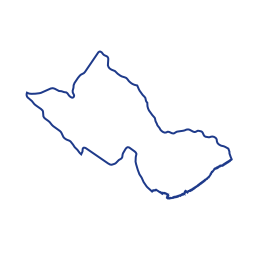 outline of Ramón Santana, San Pedro de Macorís, Dominican Republic, rotated 304°
{"feature_id": "3306468B54245916691578", "entity_name": "Ramón Santana", "entity_type": "district", "adm_level": 2, "iso_a3": "DOM", "parent_name": "Dominican Republic", "parent_adm1": "San Pedro de Macorís", "projection": "equal_earth", "projection_center": [-69.151, 18.515], "detail": "fine", "context": "isolated", "style": "outline", "palette": "blue", "viewbox_px": 256, "rotation_deg": 304, "n_neighbors": 0, "source": "geoboundaries", "source_scale": "gbopen_adm2", "svg_char_len": 5608}
<svg xmlns="http://www.w3.org/2000/svg" viewBox="0 0 256 256"><g transform="rotate(304 128 128)"><path d="M100.8,24.5L99.6,24.9L98.5,25.6L97.6,26.7L97.2,27.8L96.6,33.3L95.5,36.7L95.3,37.9L95.2,39.8L95.1,45.3L94.7,47.5L93.9,48.5L90.4,51.3L89.7,52.6L89.4,54.3L89.3,57.9L89.1,59.7L88.0,63.2L87.7,65.0L87.5,71.8L87.4,73.6L87.1,74.8L86.6,75.8L84.4,79.5L84.0,81.1L84.0,83.4L84.7,86.6L84.7,87.9L83.5,91.7L82.3,94.5L81.6,98.3L80.4,101.7L80.0,103.9L83.1,103.4L85.2,102.2L85.9,102.0L86.7,102.2L87.0,102.4L87.5,103.3L87.7,104.4L87.7,106.2L87.5,131.3L87.7,133.6L88.4,135.0L90.4,136.6L91.5,137.3L92.4,137.6L96.3,138.3L98.6,139.4L99.4,139.6L100.7,139.5L102.9,138.4L104.2,138.0L109.1,137.7L110.5,137.8L111.3,138.1L112.0,138.6L112.5,139.9L112.3,146.6L112.0,148.2L111.2,149.5L108.2,150.7L104.3,153.1L102.4,155.1L98.7,159.6L96.0,163.4L94.5,167.0L91.9,171.2L90.0,176.0L89.7,177.2L88.8,183.3L89.1,183.3L89.1,183.5L90.0,183.5L90.2,184.0L90.5,184.0L90.5,184.5L91.4,184.9L91.6,185.4L91.9,185.4L91.9,185.6L92.1,185.6L92.3,186.1L92.5,186.1L92.5,186.6L92.6,188.5L92.5,190.2L92.6,190.6L92.8,190.6L92.8,191.3L93.0,191.3L93.0,191.8L92.6,192.1L92.6,193.2L93.7,193.2L93.7,193.5L93.9,193.5L94.0,194.4L94.2,194.7L94.4,194.7L94.4,195.1L94.6,195.1L94.6,195.4L94.9,195.6L94.9,196.3L94.8,196.8L94.9,197.3L95.1,197.3L95.1,197.8L94.9,197.8L95.1,198.2L94.8,198.2L94.8,198.5L94.4,198.7L94.4,198.9L94.6,198.9L94.4,199.4L93.5,199.4L93.3,198.9L93.2,198.9L93.2,199.2L92.6,199.2L92.6,199.4L92.1,199.4L92.1,199.7L91.9,199.7L91.9,200.1L92.1,200.1L92.1,200.6L92.5,200.6L92.5,200.8L92.8,201.1L92.8,201.6L93.0,201.6L93.0,201.8L93.3,202.0L93.5,202.5L93.9,202.5L94.0,203.0L94.4,203.5L94.6,203.5L94.9,203.7L95.1,204.2L95.5,204.2L95.5,204.4L95.6,204.6L96.2,204.6L96.2,204.9L96.5,204.9L96.7,205.4L97.1,205.4L97.1,205.6L97.4,205.8L97.4,206.1L97.8,206.1L97.9,206.5L98.1,206.5L98.1,206.8L98.5,206.8L98.6,207.3L99.2,207.3L99.3,207.7L99.7,207.7L99.7,208.0L100.2,208.0L100.6,208.2L100.6,208.4L100.9,208.7L100.9,208.9L101.1,208.9L101.1,209.2L101.8,209.2L102.0,209.6L102.4,209.6L102.4,209.9L102.9,209.9L102.9,210.1L103.6,210.1L103.6,210.6L103.9,210.6L103.9,210.8L104.3,210.8L104.3,211.1L105.0,211.1L105.0,211.3L105.2,211.1L105.9,211.1L105.9,211.3L106.2,211.3L106.2,211.5L106.6,211.5L106.6,211.3L106.8,211.3L107.0,210.8L108.0,210.8L108.0,211.1L108.2,211.8L108.0,212.0L107.7,212.2L107.7,213.2L107.8,213.2L107.8,213.4L109.6,213.4L109.8,213.9L110.5,214.1L110.5,214.4L110.8,214.4L110.8,214.6L111.2,214.6L111.2,214.9L111.7,214.9L111.7,215.1L112.1,215.1L112.1,215.3L112.4,215.3L112.4,215.6L113.0,215.6L113.0,215.8L113.7,215.8L113.7,216.0L114.2,216.0L114.2,216.3L114.9,216.3L114.9,216.5L115.4,216.5L115.4,216.8L116.1,216.8L116.1,217.0L116.7,217.0L117.4,217.2L117.4,217.5L117.9,217.5L118.6,217.7L118.6,217.9L119.1,217.9L119.1,218.2L119.9,218.2L119.9,218.4L120.6,218.4L120.6,218.7L121.3,218.7L121.3,218.9L122.0,218.9L122.0,219.1L122.7,219.1L122.7,219.4L123.2,219.4L123.2,219.6L123.9,219.6L123.9,219.8L124.6,219.8L124.6,220.1L125.3,220.1L125.3,220.3L126.0,220.3L126.0,220.6L126.8,220.6L126.8,220.8L127.5,220.8L127.5,221.0L128.2,221.0L128.2,221.3L129.6,221.5L130.3,221.7L130.3,222.0L131.0,222.0L132.4,222.2L132.4,222.5L136.3,222.5L136.3,222.2L137.0,222.2L138.6,222.0L139.0,222.2L139.0,222.5L139.3,222.5L142.0,222.7L142.3,222.5L142.8,222.7L142.8,222.9L143.2,222.9L143.2,223.2L143.9,223.4L143.9,223.6L144.3,223.6L144.3,223.9L144.6,223.9L144.6,224.1L145.0,224.1L145.0,224.4L145.5,224.4L145.5,224.6L146.0,224.6L146.0,224.8L146.6,224.8L146.6,225.1L147.6,225.3L147.6,225.5L148.1,225.5L148.1,225.8L148.5,225.8L148.7,226.3L149.0,226.3L149.0,226.5L149.2,227.0L149.4,227.0L149.9,227.2L149.9,227.4L150.4,227.4L150.4,227.7L151.0,227.7L151.0,227.9L151.7,227.9L151.7,228.2L152.2,228.2L152.2,228.4L152.7,228.4L152.7,228.6L153.3,228.6L153.3,228.9L153.8,228.9L153.8,229.1L154.3,229.1L154.3,229.3L154.9,229.3L154.9,229.6L155.4,229.6L155.4,229.8L155.9,229.8L155.9,230.1L156.5,230.1L156.5,230.3L157.0,230.3L157.0,230.5L157.7,230.5L157.7,230.8L158.4,230.8L158.4,231.0L159.1,231.0L159.8,231.2L159.8,231.5L160.0,231.5L161.2,229.6L163.6,226.4L165.2,225.2L167.0,222.7L166.7,219.2L166.4,217.6L165.5,215.3L165.3,214.2L165.2,212.5L165.5,210.9L166.0,210.0L166.8,209.0L168.0,208.0L168.5,207.2L168.8,206.3L168.8,205.2L168.7,204.1L168.1,202.7L167.2,201.7L165.9,200.7L165.4,200.0L164.1,197.1L164.1,195.7L164.7,194.4L165.7,192.8L166.1,191.9L166.2,190.9L165.9,190.0L165.1,188.0L164.6,187.3L162.6,186.2L161.8,185.3L161.4,183.9L161.0,180.1L160.7,179.1L160.2,178.3L159.3,177.3L157.7,176.3L156.6,175.3L152.4,170.7L151.6,170.2L149.4,169.2L148.8,168.6L148.2,167.2L147.8,164.6L147.5,163.7L147.0,162.9L145.6,162.1L144.7,161.0L144.3,159.5L144.3,157.8L144.6,156.1L145.7,153.9L146.5,151.3L146.9,150.5L147.6,149.6L149.0,147.1L150.9,145.1L151.4,144.4L152.3,140.9L154.3,135.5L155.5,133.6L156.9,132.0L159.8,129.8L160.0,128.8L160.6,127.7L162.6,125.6L163.1,124.2L163.6,121.7L165.4,116.8L166.2,115.3L168.4,111.9L167.4,109.2L167.0,107.0L167.0,105.2L167.2,103.5L167.4,102.4L168.2,100.1L168.5,98.6L168.2,97.0L167.3,94.1L167.1,92.3L167.2,89.1L167.9,85.3L167.1,81.6L167.1,79.4L167.6,77.9L168.7,76.3L174.3,73.0L174.9,72.4L175.4,71.6L175.6,70.3L175.2,68.2L175.1,67.3L175.2,66.3L176.0,63.9L175.9,62.4L175.4,61.6L174.2,61.1L150.5,61.0L148.7,60.7L146.0,59.2L144.6,58.8L141.6,58.5L135.5,58.5L133.1,59.0L130.8,60.3L127.9,61.3L126.5,62.4L125.2,64.7L124.6,65.3L123.6,65.6L122.8,65.5L122.1,65.0L121.8,64.5L121.6,63.0L121.9,61.0L122.9,58.4L123.0,57.0L122.0,54.9L121.3,52.3L120.1,50.1L119.6,45.4L119.3,44.3L118.9,43.3L117.6,41.9L108.5,36.2L107.3,35.1L104.7,32.1L102.3,28.8L101.2,26.7L100.8,24.5Z" fill="none" stroke="#1e3a8a" stroke-width="2"/></g></svg>